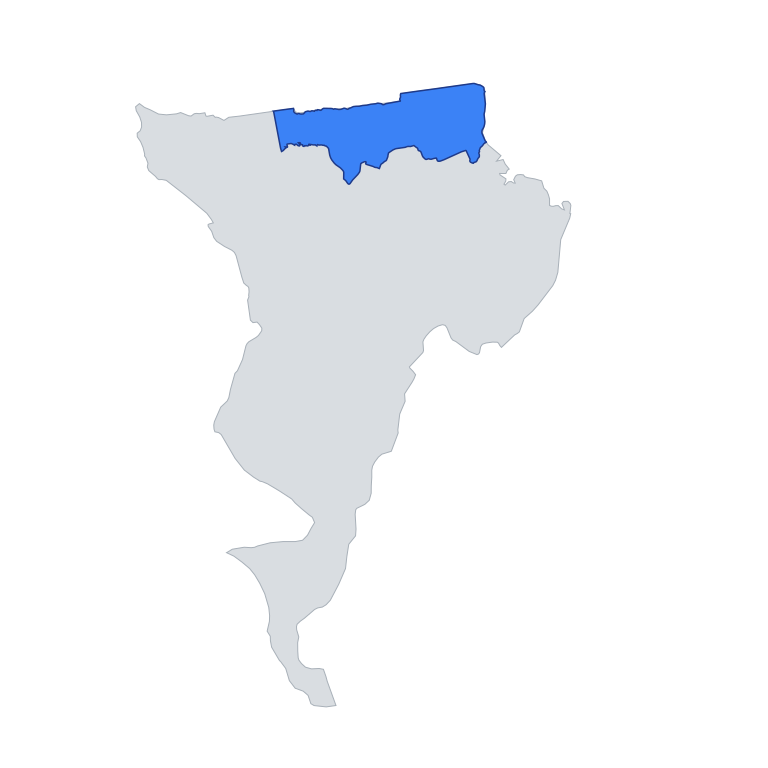 Cameroon, with Sud highlighted, rotated 172°
{"feature_id": "CMR-803", "entity_name": "Sud", "entity_type": "Province", "adm_level": 1, "iso_a3": "CMR", "parent_name": "Cameroon", "parent_adm1": "", "projection": "albers", "projection_center": [11.82, 2.912], "detail": "fine", "context": "in_parent", "style": "filled", "palette": "blue", "viewbox_px": 768, "rotation_deg": 172, "n_neighbors": 0, "source": "natural_earth", "source_scale": "10m", "svg_char_len": 7977}
<svg xmlns="http://www.w3.org/2000/svg" viewBox="0 0 768 768"><g transform="rotate(172 384 384)"><path d="M175.4,526.7L177.0,522.4L188.9,502.4L196.3,470.4L199.7,462.9L203.2,457.9L220.4,440.9L226.8,435.5L236.1,429.3L242.7,416.8L244.9,415.5L247.8,414.4L262.6,403.9L263.9,405.9L264.9,408.5L265.9,409.6L270.7,410.4L277.3,410.4L281.1,409.7L283.1,407.5L285.1,401.7L286.3,400.5L287.9,400.2L295.1,404.4L306.9,416.0L309.9,418.0L311.2,420.3L313.8,430.8L315.2,433.5L317.8,434.6L322.4,433.9L327.2,432.0L331.4,429.3L335.5,425.8L338.3,422.7L339.6,420.3L340.2,411.7L341.1,409.8L356.5,397.4L356.2,396.2L353.6,392.7L351.4,388.8L353.7,384.8L356.0,381.8L365.0,371.4L365.5,363.9L372.6,352.1L376.7,336.5L376.8,333.5L386.1,316.4L395.9,314.8L399.7,312.4L404.0,308.1L406.8,304.2L408.1,300.4L409.1,293.2L410.8,284.9L411.9,277.6L414.8,270.9L419.7,267.5L428.2,264.7L429.5,263.4L430.7,259.0L431.9,244.2L433.3,237.6L441.2,230.2L444.7,218.7L447.8,206.6L456.7,192.0L467.2,177.4L472.0,173.5L476.1,171.7L480.8,171.5L484.1,170.4L495.3,163.2L500.0,160.7L503.5,158.2L504.4,156.0L504.7,152.8L503.6,145.4L505.5,139.9L506.6,131.4L507.1,124.7L506.7,122.4L504.6,118.6L501.2,114.5L495.5,112.0L487.8,111.3L483.7,109.9L482.2,102.3L481.6,97.5L476.3,72.3L486.2,72.3L498.0,75.3L500.9,77.6L502.5,86.2L506.8,91.1L514.3,95.1L519.0,103.4L520.9,116.0L525.0,123.5L526.0,124.7L531.9,139.0L532.2,145.5L531.7,150.0L534.1,155.5L530.5,164.9L529.5,170.6L529.2,178.7L531.3,193.0L534.8,204.0L538.6,213.0L542.7,219.9L549.5,227.5L556.7,234.5L563.4,238.9L557.2,241.5L545.2,241.8L538.3,240.4L535.0,240.3L531.6,241.2L518.8,242.6L505.8,242.0L493.8,240.3L486.4,240.6L480.8,244.9L476.2,251.3L472.0,256.4L473.5,262.0L476.7,265.1L482.9,271.9L488.5,278.5L491.4,283.0L502.5,292.7L513.3,301.4L518.4,304.4L520.3,305.0L526.2,310.0L534.3,318.2L541.8,331.0L552.3,356.7L554.5,358.9L558.1,360.2L558.6,363.0L558.3,367.0L557.2,370.3L548.9,383.8L541.6,389.0L539.5,392.2L536.8,400.0L530.1,415.3L527.3,417.5L520.7,427.9L515.4,441.0L514.0,443.0L511.9,444.7L504.2,447.9L501.6,449.5L497.7,453.7L497.2,456.3L499.0,460.0L501.1,463.0L505.2,463.0L507.4,465.8L507.4,486.1L505.6,489.2L505.7,490.5L504.8,494.0L504.5,498.0L505.1,499.5L506.6,500.8L508.8,503.5L509.9,509.7L512.6,531.7L513.8,535.1L516.0,537.6L522.7,542.3L529.8,548.5L532.1,552.5L533.4,559.2L536.1,564.4L536.1,566.2L535.0,566.8L530.6,567.3L532.1,571.1L535.7,577.7L553.9,598.0L571.3,616.0L575.4,617.4L578.4,617.7L579.8,618.8L581.4,621.4L587.2,628.0L588.2,631.8L587.0,635.5L588.3,641.1L589.4,643.2L589.0,645.0L589.7,651.9L591.3,657.9L593.9,663.1L593.5,666.7L590.2,668.7L588.3,672.1L587.7,676.8L588.7,682.4L591.3,689.1L591.4,693.1L587.2,695.7L582.6,691.2L577.4,688.1L569.7,682.7L561.9,680.8L551.9,680.4L547.6,681.1L540.1,676.8L537.7,676.2L534.4,678.0L532.1,678.1L529.3,677.4L523.6,677.5L523.1,674.3L522.1,673.7L515.9,674.0L514.0,671.5L513.2,671.7L510.8,670.9L505.8,667.3L500.6,669.7L489.8,669.4L435.2,669.5L433.9,666.0L431.2,664.2L426.3,664.1L411.8,664.8L400.7,664.3L393.2,662.9L384.0,662.1L372.6,662.8L360.8,662.7L339.9,661.8L328.4,661.9L328.6,664.0L327.9,665.5L327.3,669.2L253.2,669.1L247.2,666.6L245.3,665.0L244.8,661.9L243.4,661.6L244.5,648.6L247.1,637.9L248.1,627.9L251.5,619.0L249.7,610.2L247.6,606.3L236.4,593.8L241.6,589.0L234.8,589.7L233.4,585.0L230.1,579.4L232.1,578.5L234.0,575.5L240.2,576.4L240.0,574.9L234.7,570.2L235.2,567.9L237.4,565.2L236.3,564.1L232.5,566.9L229.8,566.8L227.7,565.0L226.1,564.7L227.1,568.3L224.9,571.5L222.9,572.6L219.5,572.4L216.7,571.6L215.9,569.8L213.3,568.4L205.9,566.0L199.6,563.2L198.4,555.6L195.9,552.3L194.9,548.6L194.3,544.3L195.2,537.8L193.6,536.8L191.8,536.4L189.1,536.7L186.6,536.4L183.7,532.7L181.1,531.3L182.7,538.0L180.8,539.8L176.4,539.3L174.5,536.8L174.1,534.9L176.2,526.9L175.4,526.7Z" fill="#d9dde1" stroke="#a8b0b8" stroke-width="1"/><path d="M351.4,663.0L350.6,662.9L347.7,662.0L346.6,661.0L346.1,660.7L345.3,660.7L344.6,660.8L343.2,661.3L328.5,661.9L328.4,662.4L328.7,663.1L328.8,663.8L328.4,664.6L328.0,665.2L327.7,665.8L327.6,666.7L327.6,667.4L327.5,668.0L327.3,668.7L326.9,669.3L310.5,669.3L294.0,669.2L277.6,669.2L276.8,669.2L264.7,669.2L261.2,669.2L253.8,669.2L252.7,669.0L249.2,667.3L248.3,667.0L247.3,666.7L245.9,665.7L244.6,664.6L243.9,663.7L243.8,662.6L244.0,661.5L243.9,660.4L243.3,659.5L244.0,658.9L244.0,658.5L244.4,657.6L244.6,647.3L246.3,640.0L247.2,637.7L247.4,636.8L247.6,629.8L248.2,627.3L249.1,625.1L250.1,623.5L251.3,622.1L251.9,620.6L252.1,618.8L250.0,610.8L249.0,609.5L249.0,609.2L249.5,609.2L249.9,609.1L250.5,608.8L250.5,608.5L251.5,608.1L251.8,607.9L252.1,607.6L252.7,606.9L253.2,606.4L253.8,605.9L255.2,605.0L255.6,604.7L255.8,604.5L257.1,602.1L257.2,601.8L257.2,601.5L257.1,601.0L257.1,600.7L257.7,600.0L257.9,599.8L258.0,599.6L258.0,599.4L257.8,598.5L257.7,597.8L257.8,596.7L258.0,595.8L258.1,595.6L258.3,595.4L259.2,594.6L259.6,594.2L260.4,593.0L260.6,592.6L260.8,592.3L261.1,591.9L261.5,591.6L261.6,591.4L261.8,591.3L262.2,591.2L262.5,591.1L263.8,590.9L264.0,590.8L264.3,590.7L264.6,590.3L264.7,590.2L264.9,590.2L265.7,590.5L266.7,591.1L267.6,591.8L268.0,592.9L267.5,594.7L270.2,603.7L270.6,603.9L274.9,603.2L292.2,598.1L293.6,597.7L297.2,596.9L298.4,596.9L299.4,597.1L299.8,597.4L300.1,597.8L300.4,599.0L300.6,600.2L300.9,600.5L303.2,600.4L305.8,600.0L307.1,600.2L307.9,600.6L308.3,600.9L309.0,600.8L310.7,600.5L311.3,600.6L312.0,601.1L313.6,603.1L314.2,604.5L315.1,608.6L315.7,609.4L316.3,609.9L316.9,610.1L317.4,610.4L317.7,611.0L317.9,612.6L318.2,613.1L318.9,613.6L321.2,616.0L323.2,615.7L324.7,615.5L327.0,615.9L327.9,615.9L330.2,615.4L338.8,615.4L340.0,615.3L342.7,614.5L346.8,612.5L347.4,612.1L348.2,610.0L348.6,608.5L350.4,605.3L351.0,604.8L352.2,604.4L352.8,604.1L353.9,603.3L356.4,602.0L356.8,601.4L358.6,598.0L359.6,598.5L360.6,599.2L362.5,599.7L363.2,600.0L364.4,600.9L370.6,603.8L371.4,604.4L371.5,604.8L371.2,605.5L370.9,606.0L371.1,606.7L371.7,606.8L372.6,606.8L375.3,606.0L376.4,605.3L378.2,598.3L378.9,597.1L380.8,595.1L386.7,590.4L389.7,587.2L390.4,586.8L391.0,586.8L391.4,587.0L391.7,587.3L392.1,587.8L393.4,590.4L394.5,591.8L395.4,592.7L394.4,599.3L394.5,599.8L394.6,600.2L394.8,600.8L395.5,601.9L397.2,604.2L401.1,607.8L402.5,609.6L404.5,613.1L405.4,615.5L405.9,618.2L406.1,624.4L406.2,625.1L407.9,627.5L408.2,627.6L409.2,628.0L409.6,628.3L409.8,628.6L410.0,628.7L411.3,628.9L412.2,629.3L413.0,629.5L414.8,629.6L415.6,629.8L416.4,630.3L417.5,629.3L417.5,629.2L417.9,629.5L418.9,630.5L419.2,630.5L419.9,630.4L422.4,631.1L423.2,631.4L423.4,631.0L423.8,630.7L424.1,630.7L424.5,631.7L424.8,631.9L425.2,631.7L425.4,631.2L425.7,630.6L426.5,630.4L427.4,630.6L428.0,631.0L428.5,630.8L428.8,630.7L429.1,630.8L429.5,631.0L430.2,630.4L431.0,630.7L431.5,631.4L431.4,632.2L432.8,632.7L433.1,633.1L433.4,634.4L433.8,634.7L434.4,634.8L435.2,634.8L434.8,634.2L434.1,632.6L434.0,632.1L434.5,631.5L435.1,631.6L435.6,631.9L436.1,632.1L437.2,633.4L437.6,633.7L438.4,633.7L438.8,633.7L439.0,633.5L439.2,632.8L439.6,633.0L439.9,633.4L440.1,633.7L442.1,634.9L442.7,635.1L445.9,635.1L446.7,634.9L446.8,634.2L446.5,632.7L446.7,632.0L447.3,632.0L448.0,632.4L448.8,632.5L448.2,631.7L448.3,631.3L449.1,631.0L451.2,629.3L451.8,629.0L452.5,628.7L453.1,628.5L453.6,631.9L455.4,669.5L455.5,669.6L453.1,669.6L444.7,669.6L435.3,669.5L435.2,668.1L435.5,666.5L435.2,665.7L434.7,665.0L433.9,664.3L433.0,663.7L432.4,663.4L432.0,663.5L431.2,663.8L430.7,663.8L430.4,663.7L429.6,663.1L428.1,662.8L426.4,662.7L425.9,662.9L425.3,663.4L424.2,664.4L423.7,664.6L421.3,664.9L419.8,664.3L418.9,664.1L418.1,664.4L417.5,664.6L416.6,664.4L414.9,663.8L414.4,664.4L413.8,664.6L413.1,664.5L412.3,664.2L411.8,664.9L410.7,664.7L409.5,664.1L408.5,663.8L407.8,664.1L407.2,664.6L406.4,665.1L405.3,665.4L397.9,664.2L396.6,663.8L395.7,663.1L394.4,663.4L393.5,663.1L390.4,662.1L388.3,662.0L385.3,662.7L384.3,662.5L382.5,661.4L381.8,661.1L381.3,661.2L380.1,661.8L379.6,661.9L378.5,662.1L376.4,662.8L375.3,663.0L372.9,662.9L370.7,662.6L369.7,662.5L366.4,662.8L362.3,662.5L358.1,662.9L353.3,662.7L351.4,663.0Z" fill="#3b82f6" stroke="#1e3a8a" stroke-width="1.5"/></g></svg>